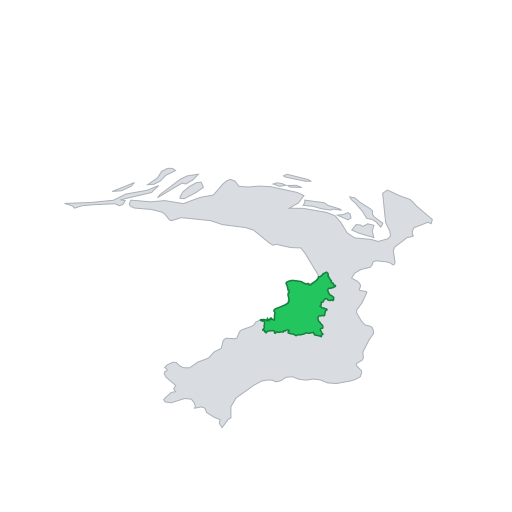 where Sisacko-Moslavacka sits in Croatia, rotated 142°
{"feature_id": "HRV-1587", "entity_name": "Sisacko-Moslavacka", "entity_type": "County", "adm_level": 1, "iso_a3": "HRV", "parent_name": "Croatia", "parent_adm1": "", "projection": "orthographic", "projection_center": [16.353, 45.412], "detail": "fine", "context": "in_parent", "style": "filled", "palette": "green", "viewbox_px": 512, "rotation_deg": 142, "n_neighbors": 0, "source": "natural_earth", "source_scale": "10m", "svg_char_len": 8263}
<svg xmlns="http://www.w3.org/2000/svg" viewBox="0 0 512 512"><g transform="rotate(142 256 256)"><path d="M98.0,173.6L99.9,176.8L114.2,181.0L117.4,179.5L119.3,177.0L119.4,175.3L120.6,174.9L125.6,177.5L141.2,177.6L144.4,175.8L150.5,165.1L152.4,164.2L153.6,164.7L154.5,167.9L156.7,171.0L164.4,178.4L167.3,179.3L170.2,177.4L173.2,176.9L181.7,180.8L188.9,181.7L194.3,179.7L191.7,173.9L191.3,170.9L191.7,168.3L195.4,165.8L195.2,164.7L190.9,160.1L191.1,159.0L200.8,154.0L210.1,151.3L211.7,149.1L213.0,139.6L212.5,134.5L208.8,129.8L208.6,127.4L209.5,124.9L211.0,122.6L219.0,120.1L230.8,114.6L234.3,109.5L236.5,108.6L243.0,109.4L244.4,108.1L243.5,100.7L244.7,98.8L248.1,96.7L253.8,97.5L258.5,99.4L271.0,105.9L277.7,111.9L281.5,118.6L286.5,123.7L292.9,127.3L297.9,132.2L301.7,138.5L307.0,141.9L313.6,142.6L317.9,144.7L319.7,148.2L323.4,151.3L328.9,154.1L337.5,155.5L359.0,156.4L368.5,152.8L375.4,143.9L378.5,144.4L388.4,141.6L387.9,146.8L385.0,149.2L388.2,154.5L391.3,163.1L389.9,167.4L391.9,170.7L398.1,173.9L396.4,174.9L395.1,177.8L395.1,183.0L400.1,187.7L413.3,192.6L417.3,196.8L417.4,198.6L416.8,199.9L406.8,200.7L402.9,198.6L402.6,202.1L399.0,203.3L401.5,216.0L400.8,219.7L399.5,221.0L396.6,220.4L395.9,221.7L396.6,224.4L393.0,224.8L387.1,223.6L384.4,221.2L383.8,216.3L381.8,212.5L377.1,208.7L367.5,208.3L356.2,204.8L348.1,206.2L340.3,204.6L333.7,209.7L330.3,209.7L323.4,203.6L321.4,203.2L315.5,206.5L313.1,206.7L303.2,203.4L299.6,203.0L297.0,204.1L292.3,203.0L280.9,194.9L273.9,201.1L259.5,199.6L255.3,203.9L250.4,212.0L246.5,215.9L243.0,214.5L239.0,210.9L231.9,201.7L228.3,200.1L224.2,199.7L220.6,200.6L218.7,202.5L215.7,227.7L215.6,234.7L223.5,241.3L232.8,252.7L235.9,254.0L237.4,257.7L242.0,277.9L246.8,284.9L263.1,301.4L270.1,311.9L291.2,332.2L300.5,335.7L302.0,337.6L302.1,345.6L303.2,348.5L309.5,356.8L322.4,368.8L323.9,371.6L324.3,373.7L323.5,375.3L320.2,377.0L305.5,363.4L294.0,356.0L281.0,342.0L263.8,336.5L252.1,330.3L237.2,333.2L232.4,333.2L229.0,332.1L226.5,328.2L226.5,321.4L219.7,315.2L210.5,309.2L201.7,301.5L184.4,280.7L181.0,274.1L190.0,271.7L200.4,273.2L189.3,264.3L173.5,246.9L168.9,238.8L168.5,230.0L169.9,218.1L167.1,209.5L155.1,198.2L150.8,192.2L141.8,188.5L137.8,188.8L135.3,193.0L133.2,202.6L117.6,227.4L111.8,227.1L105.6,214.9L99.7,205.6L98.6,195.9L94.6,176.2L98.0,173.6ZM369.6,405.5L369.8,408.4L374.5,415.3L353.6,400.1L334.0,387.7L320.3,384.9L301.5,374.9L289.3,371.4L299.3,370.4L328.2,383.7L325.0,380.1L329.1,378.6L332.6,379.6L335.0,384.0L351.4,395.7L361.9,402.6L369.6,405.5ZM146.2,241.9L145.7,244.9L142.4,241.0L140.9,234.1L136.9,222.9L136.4,219.8L138.7,216.8L138.7,213.6L135.9,203.8L138.5,202.3L140.0,202.1L140.4,208.9L141.7,212.8L145.6,217.7L144.6,225.5L145.2,236.8L146.2,241.9ZM164.5,217.5L157.7,219.1L154.5,216.0L153.7,213.5L148.2,212.6L144.2,207.6L149.1,204.0L151.8,197.9L160.8,210.6L164.5,217.5ZM274.3,351.5L265.4,351.8L257.6,350.4L253.8,348.0L255.2,342.5L263.9,342.9L277.1,345.3L280.4,348.1L279.4,349.4L274.3,351.5ZM297.7,362.6L293.7,363.5L268.4,363.1L261.0,361.5L251.1,356.0L259.3,354.8L267.0,356.0L269.4,359.0L297.7,362.6ZM184.7,268.0L183.2,270.0L169.5,256.0L168.0,251.4L161.3,241.9L160.3,239.3L166.5,245.6L168.9,246.2L174.8,252.3L180.6,260.1L187.6,266.9L184.7,268.0ZM266.8,372.9L277.3,375.1L285.1,374.0L292.1,375.3L297.5,378.9L285.5,378.2L278.2,380.8L271.8,379.5L269.4,377.8L267.7,375.8L266.8,372.9ZM184.3,300.2L185.0,302.2L181.3,301.4L167.8,284.1L166.4,280.8L171.3,284.8L184.3,300.2ZM161.2,227.8L166.7,238.1L161.6,234.9L156.9,233.6L156.0,231.2L157.7,227.5L161.2,227.8ZM321.7,390.2L329.6,395.4L306.6,388.7L311.6,387.9L321.7,390.2ZM194.6,296.4L198.2,302.2L194.7,301.0L191.1,297.3L188.9,293.4L194.6,296.4ZM186.8,289.4L187.6,292.1L180.7,286.8L177.7,281.8L186.8,289.4Z" fill="#d9dde1" stroke="#a8b0b8" stroke-width="1"/><path d="M282.5,198.0L282.1,197.6L282.2,196.9L282.1,196.3L281.6,194.7L281.2,194.2L279.7,195.5L279.5,195.9L279.1,196.5L278.5,197.2L278.0,197.5L277.7,198.3L277.2,198.7L276.6,199.0L276.0,199.5L275.7,200.5L275.8,201.2L275.7,201.7L275.0,202.3L273.6,202.5L262.6,199.3L259.4,199.2L256.9,201.0L255.1,205.0L254.3,206.2L253.7,206.6L252.3,207.1L251.8,207.4L251.4,208.2L251.4,208.6L251.5,209.1L251.4,210.0L251.1,210.7L250.0,212.8L249.4,215.0L249.1,216.1L247.7,216.5L245.7,216.0L243.6,215.1L242.0,214.1L237.0,209.0L236.0,207.8L234.9,204.7L234.0,203.3L233.4,202.8L232.2,202.5L231.7,202.1L231.7,201.8L231.9,201.2L232.0,200.5L231.5,199.8L230.8,199.5L230.2,199.5L228.9,199.7L223.7,199.5L220.7,200.0L219.5,201.1L219.4,201.1L218.5,200.4L218.3,200.3L218.1,200.3L217.8,200.3L217.6,200.3L217.5,200.2L217.4,200.1L217.2,200.1L216.6,200.3L216.4,200.3L216.2,200.2L215.8,200.2L215.1,200.2L214.9,200.2L214.7,200.4L214.4,200.7L214.2,200.7L210.5,199.9L210.3,199.8L210.2,199.4L210.2,198.8L210.1,198.4L210.0,198.0L210.1,197.7L210.3,197.4L210.7,196.8L210.9,196.3L211.7,195.7L211.8,195.5L211.7,195.1L211.6,194.8L211.5,194.5L211.5,194.1L211.6,193.8L211.8,192.8L211.9,192.4L212.0,191.9L212.0,191.4L211.9,191.0L211.9,190.6L211.8,190.2L211.9,189.9L212.8,189.2L212.9,188.8L212.7,188.4L212.5,188.0L212.2,187.5L212.1,187.3L212.0,187.0L212.1,186.6L212.4,185.3L212.5,185.0L212.3,184.7L211.8,184.2L211.6,184.0L211.6,183.7L211.9,183.4L212.7,183.2L214.1,183.6L214.9,183.6L215.1,183.8L215.4,184.3L215.7,184.4L216.3,184.3L216.6,184.3L217.1,184.6L217.6,185.0L218.1,185.4L218.3,185.6L218.7,185.7L219.1,185.7L220.2,185.3L220.6,185.1L220.8,184.7L220.8,183.9L221.4,182.8L221.5,182.4L221.4,181.8L221.5,181.2L221.6,180.9L221.8,180.5L221.8,180.1L221.5,179.6L221.3,179.1L221.0,178.7L220.2,175.6L221.7,173.8L222.5,173.5L222.8,173.6L223.0,173.7L223.2,173.9L223.3,174.2L223.3,174.5L223.2,174.7L223.4,174.9L223.6,175.0L225.1,175.3L226.2,176.6L226.5,177.2L226.5,177.5L226.5,178.7L226.9,179.4L229.2,179.6L230.0,179.4L230.4,179.0L230.8,178.6L231.3,178.6L231.8,178.6L232.2,178.7L232.5,178.9L233.0,179.4L234.5,177.5L234.9,177.3L235.6,177.1L236.3,177.2L236.5,177.0L236.4,176.8L236.3,176.6L236.1,176.4L236.0,176.1L236.0,174.9L235.9,174.5L235.6,174.1L234.6,173.3L234.4,173.1L234.3,172.8L234.3,172.5L234.2,171.9L234.1,171.7L233.9,171.5L233.4,171.3L233.2,171.2L233.0,170.9L233.0,170.5L233.0,170.2L233.2,169.9L233.4,169.8L234.6,169.9L235.2,169.8L235.5,169.6L237.1,168.4L238.0,167.4L238.2,167.2L238.6,167.0L238.9,167.0L239.3,167.1L239.9,167.5L240.3,168.2L240.5,168.5L241.3,168.7L241.6,168.8L242.1,169.1L242.4,169.5L242.9,169.8L243.5,170.0L245.0,169.4L245.7,168.7L246.7,166.4L246.4,164.1L246.7,163.1L246.3,161.0L246.4,160.3L246.5,159.7L247.4,158.4L247.7,158.2L248.0,158.1L248.9,158.7L249.3,158.8L250.5,158.5L250.7,158.4L250.8,158.2L251.1,156.5L251.5,154.9L251.5,154.5L251.5,154.1L251.5,153.8L251.3,153.2L253.5,153.2L253.9,152.5L253.9,152.4L254.0,152.3L254.3,152.3L254.5,152.5L254.6,153.0L255.3,154.0L257.6,156.8L258.4,157.7L258.4,158.2L258.2,158.6L258.0,159.2L257.8,160.2L257.9,160.5L258.1,160.7L258.5,160.8L258.9,160.9L259.5,161.4L260.0,161.7L260.6,161.8L261.3,162.1L262.5,163.1L263.4,164.1L263.9,164.6L264.2,164.8L265.2,164.8L266.3,165.0L270.0,166.8L270.3,167.0L270.9,167.8L271.3,168.0L271.8,168.2L273.1,168.4L273.5,168.6L273.7,168.9L274.5,171.0L274.7,171.5L275.2,172.2L275.5,172.5L276.0,172.7L276.2,172.8L276.3,173.0L276.8,173.8L277.6,174.9L277.9,175.4L278.0,175.7L277.0,176.7L276.8,176.7L276.6,176.7L276.4,176.6L276.2,176.6L275.9,176.6L275.8,176.8L275.9,177.2L276.2,177.9L276.6,178.3L277.1,178.6L277.5,178.8L277.9,178.9L279.0,178.8L279.4,179.0L279.6,179.3L279.9,179.8L280.1,179.9L280.4,179.9L281.3,179.3L283.3,180.9L285.1,181.8L285.5,182.1L286.5,183.7L287.2,183.6L287.9,183.2L288.2,183.2L288.4,183.2L288.6,183.4L288.7,183.8L288.6,184.3L288.5,184.6L288.2,185.0L288.0,185.5L288.0,185.8L288.0,186.1L288.1,186.4L288.7,186.9L293.2,189.7L295.2,189.2L295.7,190.5L295.7,190.8L295.6,191.1L295.3,191.3L295.1,191.5L295.1,191.8L295.3,192.2L296.1,192.9L296.3,193.1L296.3,193.3L296.2,193.5L295.9,193.8L295.2,193.9L294.7,194.0L294.4,194.0L293.8,194.3L293.6,194.4L293.4,194.7L292.8,195.8L291.9,196.6L291.6,196.8L290.2,198.3L290.1,198.5L290.0,198.8L289.8,199.5L289.9,199.8L290.2,200.2L290.7,200.5L291.5,201.3L292.2,203.1L292.3,203.2L290.8,202.5L288.4,200.7L287.3,198.4L287.0,198.7L286.1,199.3L285.8,199.5L286.0,198.9L286.1,198.4L286.0,198.0L285.8,197.4L285.3,198.4L284.7,198.0L284.0,197.1L283.2,196.8L283.4,197.4L283.6,197.9L282.5,198.0Z" fill="#22c55e" stroke="#15803d" stroke-width="1.5"/></g></svg>